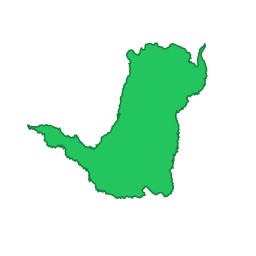 the district of La Esperanza, Norte de Santander, Colombia, rotated 345°
{"feature_id": "7082276B65622442021238", "entity_name": "La Esperanza", "entity_type": "district", "adm_level": 2, "iso_a3": "COL", "parent_name": "Colombia", "parent_adm1": "Norte de Santander", "projection": "equal_earth", "projection_center": [-73.378, 7.696], "detail": "fine", "context": "isolated", "style": "filled", "palette": "green", "viewbox_px": 256, "rotation_deg": 345, "n_neighbors": 0, "source": "geoboundaries", "source_scale": "gbopen_adm2", "svg_char_len": 5863}
<svg xmlns="http://www.w3.org/2000/svg" viewBox="0 0 256 256"><g transform="rotate(345 128 128)"><path d="M32.1,99.3L31.8,100.0L32.6,103.6L33.9,103.3L35.1,103.7L35.8,104.5L37.0,104.3L37.8,105.9L39.3,106.8L39.7,109.0L40.5,109.8L41.2,109.2L42.5,109.8L44.0,111.7L44.0,112.4L45.3,111.9L45.7,113.3L45.2,114.7L45.4,115.7L44.9,116.9L44.0,117.7L44.1,118.6L45.6,120.3L46.0,122.4L45.3,123.2L46.5,125.1L47.4,125.7L47.7,125.0L49.0,125.7L49.0,126.5L49.7,127.4L50.3,126.6L51.5,126.7L52.5,128.3L53.8,127.6L55.1,127.7L56.2,126.5L56.9,128.2L57.8,128.7L57.6,127.8L58.4,128.2L58.9,127.3L59.3,127.8L59.0,128.2L59.2,129.0L59.9,128.3L59.7,129.3L60.7,129.5L60.3,131.2L61.6,130.5L61.5,131.4L62.4,132.2L61.4,134.0L61.6,135.8L60.8,136.8L60.8,137.9L62.0,139.6L61.7,140.7L63.1,140.4L63.6,142.4L64.3,141.9L64.6,142.1L64.6,142.8L66.1,142.6L66.3,144.3L67.0,144.6L68.5,146.4L69.1,145.8L70.2,145.6L70.6,147.7L71.5,148.1L71.1,149.4L71.2,150.7L71.6,151.1L72.8,150.9L73.0,152.5L74.7,154.6L74.4,155.6L76.7,156.0L76.8,156.5L76.2,157.3L76.5,158.1L77.0,157.5L78.1,157.3L77.6,158.7L78.4,159.4L78.8,161.4L78.3,162.0L78.9,162.9L77.7,163.9L78.1,166.0L77.0,166.5L76.9,169.2L77.4,169.6L78.5,168.0L80.1,171.7L81.8,173.4L82.0,175.5L81.2,176.9L81.8,178.3L81.3,179.4L82.8,179.8L82.6,181.2L83.0,181.9L83.6,181.7L84.0,180.7L84.9,181.0L85.1,181.9L85.9,181.8L86.5,182.9L87.4,182.0L87.7,183.2L89.4,182.7L89.7,185.6L90.5,185.4L90.9,186.4L93.3,186.9L94.8,188.2L95.7,188.4L95.9,189.2L97.8,190.7L97.8,191.8L98.1,192.4L99.1,192.1L100.1,193.2L101.5,192.3L102.7,193.9L103.6,192.8L104.7,192.7L105.2,194.7L107.3,194.7L108.0,193.7L109.3,193.5L110.6,194.9L111.7,194.9L113.6,195.8L113.9,196.7L114.5,196.7L115.0,195.5L115.5,195.3L117.6,195.9L119.8,197.7L121.7,198.4L123.3,198.1L125.2,197.1L126.9,197.3L127.0,194.8L125.7,193.8L125.5,192.1L126.9,190.7L127.8,190.5L128.6,189.1L130.6,189.2L135.3,197.6L136.5,198.3L137.5,199.7L140.2,199.3L141.3,198.6L143.7,199.1L144.4,200.1L145.4,203.5L146.1,203.9L147.1,203.5L148.1,204.1L150.8,202.6L152.7,202.4L152.9,201.2L153.9,200.8L155.1,198.9L156.0,198.5L156.8,195.7L156.0,194.8L157.1,193.4L156.9,192.0L156.2,190.9L157.5,189.3L157.1,186.6L158.1,183.7L157.3,179.6L159.7,178.1L160.2,177.2L161.2,178.0L161.2,176.6L162.9,173.3L162.1,172.1L162.0,171.0L162.8,170.6L163.3,171.7L163.7,171.6L164.5,169.6L164.4,167.9L165.1,167.5L164.8,166.3L165.1,165.4L166.3,166.5L168.4,163.6L169.4,163.9L170.0,163.4L169.2,161.9L169.3,161.2L170.2,161.0L170.3,159.4L171.2,160.1L171.2,158.4L171.7,157.9L171.7,156.5L172.6,155.3L171.7,154.0L172.4,153.0L173.2,152.9L174.0,151.9L173.9,150.7L175.0,150.0L174.7,149.3L174.0,148.9L174.7,147.9L174.1,146.8L174.1,146.0L175.1,145.6L175.0,146.8L175.9,146.5L176.1,145.2L175.3,144.7L175.3,144.1L176.8,142.9L176.7,140.7L177.4,140.0L177.7,137.9L176.9,134.3L177.5,134.0L176.9,132.8L177.4,131.5L176.6,130.5L176.9,129.4L177.4,129.2L177.1,128.0L177.8,127.5L178.4,125.9L179.2,125.5L179.1,125.0L179.4,124.4L180.1,126.0L180.9,126.0L181.6,125.3L181.6,124.6L182.2,124.2L184.6,124.1L184.7,122.9L186.2,123.7L186.5,122.4L188.9,121.9L189.6,121.0L190.4,120.7L190.5,119.6L193.4,117.7L192.6,116.0L192.7,115.0L192.1,114.2L193.3,113.8L194.0,112.5L194.9,113.0L195.5,112.8L196.5,113.7L197.2,112.6L197.9,112.9L199.0,112.2L200.0,111.9L200.6,112.2L201.0,111.7L201.9,111.6L201.2,112.9L202.0,112.6L202.9,113.1L203.8,112.5L204.2,113.3L205.7,112.7L205.5,111.5L206.2,110.7L207.6,110.9L210.3,109.3L212.2,106.7L212.3,105.5L212.7,106.8L214.0,105.6L214.0,104.1L214.9,102.3L214.5,100.4L215.0,100.7L216.2,100.2L216.4,99.0L217.6,98.3L217.3,96.2L217.7,95.3L217.3,94.5L218.3,93.0L218.8,93.1L219.0,91.1L219.4,90.1L218.7,88.7L219.2,87.5L218.8,82.7L217.8,81.5L217.3,76.7L218.9,73.7L223.5,69.5L224.2,67.2L223.8,66.8L222.2,68.9L220.2,69.1L217.6,70.8L216.9,73.0L215.7,74.2L215.3,75.6L213.2,79.3L212.3,82.3L212.2,84.8L211.0,86.3L210.2,86.6L208.9,85.5L209.1,84.6L208.8,83.3L206.2,81.5L205.9,80.4L205.1,80.2L204.6,80.9L203.5,80.0L204.5,78.8L205.4,76.9L205.8,76.5L206.7,76.8L206.4,75.9L207.2,74.5L206.8,71.2L205.7,70.9L204.5,69.7L203.2,65.9L201.3,65.1L200.1,63.5L198.2,62.2L197.4,62.3L196.8,61.3L193.1,58.1L191.8,58.1L189.8,58.9L190.0,59.9L189.4,60.2L184.5,61.3L182.8,60.7L182.1,58.9L178.8,57.3L177.7,55.5L178.3,54.5L177.2,53.2L175.8,53.5L175.2,54.2L173.1,53.8L172.0,52.5L170.6,52.1L167.0,51.9L166.2,52.4L165.0,56.2L163.0,56.7L161.6,54.3L159.6,57.0L159.3,58.2L157.8,59.1L157.4,60.4L156.2,59.9L153.6,57.6L153.1,56.2L153.1,54.9L151.2,53.4L149.1,53.5L145.7,56.5L145.5,57.4L145.9,60.2L146.4,60.9L146.3,61.6L147.2,62.2L147.2,64.3L147.9,65.4L147.1,66.0L145.7,66.1L146.0,67.8L145.2,69.2L145.7,71.7L145.4,72.2L144.6,72.4L144.1,76.0L143.1,78.0L141.8,77.8L139.6,80.2L138.8,81.7L138.2,84.1L136.6,84.4L135.2,85.8L134.4,88.1L133.6,88.6L132.2,91.1L131.9,92.7L131.0,93.6L131.1,95.1L128.7,96.3L128.8,97.7L128.1,98.4L128.7,99.4L128.0,100.1L126.8,103.1L125.4,104.1L125.4,106.4L124.0,107.7L122.8,109.8L122.7,111.3L123.8,112.3L123.8,112.9L123.0,113.2L121.6,112.1L120.9,112.7L121.0,113.9L122.2,114.4L122.1,115.5L121.5,115.6L120.9,114.9L120.4,117.0L119.4,118.3L118.0,119.0L114.7,122.0L113.2,122.5L112.3,124.5L109.5,127.7L108.5,127.9L107.6,127.4L106.0,128.8L103.0,129.1L101.5,130.1L100.1,130.0L98.5,134.1L96.3,135.9L95.3,136.0L94.4,136.8L92.9,136.3L92.9,138.5L90.6,138.7L89.9,139.5L89.5,138.1L89.2,139.4L88.8,139.5L88.0,137.4L87.3,137.5L87.2,136.8L86.4,137.4L86.4,136.4L85.8,137.0L84.6,136.1L83.9,136.4L82.8,135.2L82.0,135.5L80.7,132.4L79.2,130.5L79.1,129.4L78.1,129.6L77.1,123.7L76.2,123.2L76.5,121.8L75.7,122.1L74.7,121.3L74.4,122.2L73.1,123.6L72.3,122.5L71.7,122.9L70.5,122.7L69.2,121.0L68.5,120.8L68.1,119.8L66.8,120.5L65.9,119.6L64.6,119.3L63.9,117.1L62.4,114.8L62.0,113.7L62.3,112.5L61.7,110.6L60.6,111.3L59.4,109.8L58.2,109.2L53.2,105.2L51.9,105.4L50.0,103.6L48.0,104.2L45.9,103.0L43.7,102.6L41.9,103.6L41.0,103.2L39.7,103.4L38.4,102.6L36.9,102.5L35.3,101.6L33.8,101.4L32.8,99.7L32.1,99.3Z" fill="#22c55e" stroke="#15803d" stroke-width="1.5"/></g></svg>